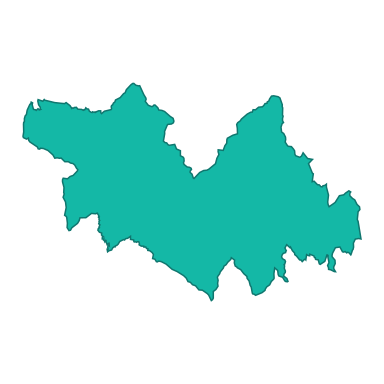 outline of Tausa, Cundinamarca, Colombia
{"feature_id": "7082276B61281192439607", "entity_name": "Tausa", "entity_type": "district", "adm_level": 2, "iso_a3": "COL", "parent_name": "Colombia", "parent_adm1": "Cundinamarca", "projection": "natural_earth1", "projection_center": [-73.979, 5.193], "detail": "fine", "context": "isolated", "style": "filled", "palette": "teal", "viewbox_px": 384, "rotation_deg": 0, "n_neighbors": 0, "source": "geoboundaries", "source_scale": "gbopen_adm2", "svg_char_len": 5990}
<svg xmlns="http://www.w3.org/2000/svg" viewBox="0 0 384 384"><path d="M350.8,254.9L351.1,254.4L350.9,253.8L351.5,253.2L352.5,249.9L353.0,249.6L353.6,247.1L353.4,243.1L355.3,239.1L358.8,238.5L361.0,239.0L358.1,221.4L357.3,219.5L358.1,211.7L359.9,209.5L359.5,206.8L357.0,204.4L354.7,199.8L352.6,198.5L350.0,195.9L349.7,194.9L350.0,192.8L350.7,192.0L348.9,190.8L345.5,193.1L343.8,194.8L339.4,195.7L335.1,202.5L329.1,206.7L328.1,204.5L327.7,202.0L328.5,195.1L326.4,187.0L326.4,184.2L325.0,185.3L322.9,185.8L322.3,186.8L320.9,186.7L319.3,184.9L317.5,184.7L314.1,181.2L312.2,181.7L313.3,173.8L312.4,173.2L308.5,163.6L312.5,159.4L307.6,158.5L303.1,152.8L301.5,156.1L299.8,157.3L295.8,155.8L294.9,154.4L294.6,150.8L293.5,149.1L291.4,146.6L288.3,146.3L287.5,145.7L285.2,142.1L285.7,139.4L285.5,137.1L283.7,133.5L281.6,132.0L281.0,127.2L282.2,123.5L283.5,122.6L282.6,120.8L282.5,118.7L283.1,116.1L282.5,115.1L282.7,107.9L282.2,106.5L282.3,104.7L279.9,97.9L278.1,96.7L273.7,95.8L271.5,96.1L269.5,99.1L268.9,100.9L267.2,102.0L267.0,103.3L265.0,103.6L263.8,105.5L262.4,106.8L258.6,107.2L255.5,109.8L253.1,109.7L252.3,112.1L250.7,112.2L247.2,114.1L241.4,119.1L240.3,120.8L237.7,122.7L236.7,124.4L237.3,128.2L237.5,133.8L232.9,135.2L227.4,138.2L226.9,139.5L226.7,143.2L224.9,145.7L223.2,150.4L218.2,149.8L218.1,151.7L218.9,154.5L216.9,158.3L215.5,163.7L208.8,169.2L206.9,170.2L203.7,170.5L199.7,172.5L194.0,178.5L193.3,178.0L192.0,174.1L190.1,172.4L190.1,171.2L191.5,169.4L191.1,168.2L189.5,167.3L187.2,167.0L184.0,164.4L183.5,162.7L184.1,161.0L183.9,158.3L183.2,157.2L180.4,155.7L180.4,150.7L176.5,149.0L174.7,144.4L169.3,145.3L168.0,144.7L166.7,142.9L164.9,142.5L163.4,141.1L164.7,133.7L164.6,131.4L167.2,125.2L167.8,124.4L171.5,124.0L173.4,122.8L173.9,121.1L173.1,118.3L170.2,116.4L164.6,111.5L161.9,110.4L158.8,110.0L157.8,107.7L155.0,105.0L154.0,105.0L152.5,106.5L151.7,106.6L148.3,105.3L145.3,101.4L146.1,99.3L145.9,98.1L143.8,94.6L139.7,85.7L138.6,85.9L135.8,85.2L133.8,83.4L132.6,83.5L130.8,84.9L126.4,89.6L125.1,92.8L123.6,93.6L120.2,97.6L115.5,100.0L114.9,101.9L113.4,103.1L112.6,104.9L111.6,105.5L111.2,106.8L111.6,108.8L111.1,109.6L104.4,111.2L101.6,113.6L100.8,112.7L100.7,110.8L98.6,110.8L96.2,111.8L95.6,112.4L95.0,111.9L94.2,112.4L92.6,111.8L92.2,112.5L91.1,112.3L89.4,111.2L88.5,109.1L87.0,108.9L85.8,107.8L84.7,109.9L83.9,109.7L83.3,110.3L81.6,109.4L77.9,109.2L76.4,107.3L74.2,107.5L73.5,108.2L72.2,107.9L71.8,108.4L70.0,105.6L66.1,102.6L64.6,103.6L61.1,103.3L54.7,102.6L44.8,100.2L44.2,99.5L42.8,101.2L38.1,99.6L37.8,101.0L38.6,104.8L40.3,107.3L40.2,108.8L40.8,109.4L39.2,109.9L38.0,108.7L36.2,110.4L35.6,109.8L33.5,109.4L32.2,104.7L32.6,102.9L31.2,102.1L30.8,103.7L29.9,104.3L27.2,110.1L26.4,114.5L25.2,115.8L24.4,118.5L24.4,121.7L23.7,122.3L23.5,124.2L23.7,131.9L23.0,136.3L23.4,137.6L26.5,139.1L28.4,138.1L28.7,140.3L29.8,141.9L37.4,147.0L38.2,148.9L39.7,149.1L40.6,148.2L43.4,148.5L48.0,150.5L52.9,154.9L54.8,158.2L57.1,157.8L59.7,158.3L61.1,158.0L64.8,161.7L68.4,161.7L70.4,163.0L73.1,163.6L74.8,165.1L76.6,168.4L77.8,169.6L77.4,170.9L73.2,175.4L70.1,176.5L67.5,178.8L63.2,178.2L62.5,179.8L62.5,181.8L64.0,187.5L63.7,192.7L64.2,193.9L63.1,197.3L65.5,201.9L66.2,207.6L64.6,215.3L66.1,216.3L66.7,217.3L67.4,223.2L67.1,227.6L69.0,230.6L70.5,230.2L71.8,227.8L77.5,223.4L79.1,220.8L80.0,217.8L85.9,217.7L91.5,213.4L95.6,213.8L97.2,213.1L98.8,215.7L98.6,216.6L99.1,216.8L98.6,217.5L99.2,217.9L99.0,219.6L99.7,220.4L99.0,221.3L99.2,222.4L98.7,223.8L99.9,224.8L99.0,227.1L99.4,227.7L98.3,228.5L97.9,230.2L99.4,232.2L101.7,233.1L101.5,235.0L103.4,236.8L102.4,236.9L102.2,238.9L103.8,239.0L103.4,239.9L104.3,240.6L104.8,241.7L105.4,240.3L106.0,240.5L106.0,241.7L107.1,244.6L108.3,243.4L109.1,243.2L109.3,245.8L108.7,245.2L108.1,245.6L107.7,247.4L108.1,249.1L107.1,249.2L107.6,251.8L108.9,250.8L111.6,250.0L112.7,247.9L114.3,246.7L115.1,246.9L115.4,245.9L116.8,245.4L118.2,244.1L119.7,241.5L123.5,239.6L124.6,240.0L125.5,238.7L127.7,238.3L130.5,236.3L130.5,239.4L133.7,240.0L133.9,241.7L134.7,242.0L135.7,241.8L136.7,242.3L137.3,241.7L138.7,241.7L139.4,243.5L139.1,244.8L141.2,246.1L143.8,246.2L143.9,247.1L145.8,247.0L146.5,248.5L147.9,248.7L147.8,250.4L149.7,250.7L152.2,252.6L153.4,254.5L152.6,258.6L154.9,259.2L156.4,261.7L157.3,261.9L158.8,261.1L161.2,261.6L166.1,264.1L172.1,269.3L177.2,271.6L183.6,275.6L186.3,278.2L188.0,281.6L190.4,282.3L192.5,284.7L195.6,285.8L198.9,289.9L202.4,290.2L207.3,293.6L208.7,295.1L211.3,300.6L212.5,299.7L213.3,298.1L213.3,291.5L215.9,289.5L218.0,286.2L217.6,283.3L218.1,280.3L217.4,277.5L217.6,276.6L219.7,273.7L220.2,272.0L223.3,268.1L224.0,266.1L226.1,264.7L227.7,262.3L230.8,259.4L231.3,257.7L234.6,260.1L234.3,262.9L235.2,266.0L236.8,267.0L237.3,267.8L240.7,269.6L243.8,273.7L246.9,276.4L247.1,278.3L249.1,281.0L250.2,285.4L251.2,287.0L252.3,293.1L252.7,293.9L254.1,294.2L255.6,295.3L262.0,292.7L265.0,290.4L265.3,289.1L266.7,286.9L269.7,284.8L271.3,281.5L273.7,279.1L274.1,278.2L273.9,273.7L274.7,267.9L277.7,270.5L278.2,274.6L278.9,276.0L282.6,277.3L284.8,280.9L285.6,281.5L287.3,281.8L288.0,281.4L286.9,278.5L283.7,276.0L284.1,273.8L285.2,272.6L285.4,271.1L284.3,268.3L284.6,266.0L284.1,264.5L284.7,264.2L285.5,261.5L284.7,259.9L283.4,259.4L282.0,257.9L281.6,256.8L282.1,255.0L283.2,253.4L285.6,252.6L285.7,251.5L286.3,250.8L284.9,248.0L286.7,244.7L290.0,247.7L290.5,247.0L292.4,250.7L294.5,252.9L294.8,254.7L296.5,256.0L299.6,259.9L301.1,260.1L302.2,261.6L304.6,259.3L305.2,259.2L305.8,259.9L306.6,254.6L308.1,255.5L309.7,255.8L309.8,254.2L313.9,255.9L314.4,257.4L315.3,257.7L315.4,259.0L315.9,259.5L318.2,259.8L319.3,263.8L320.2,264.4L324.8,261.4L326.8,255.3L327.0,254.9L327.7,255.1L328.1,255.7L327.9,257.1L329.0,262.5L327.6,265.5L328.5,267.7L328.6,269.4L330.7,269.8L334.3,271.6L335.5,271.7L333.8,268.8L333.7,266.9L335.2,263.6L335.0,260.2L332.2,256.8L332.0,255.9L332.5,253.3L335.4,247.7L339.9,247.0L342.5,251.8L343.8,252.1L345.1,251.5L346.7,252.9L347.5,252.3L348.8,252.6L350.8,254.9Z" fill="#14b8a6" stroke="#0f766e" stroke-width="1.5"/></svg>